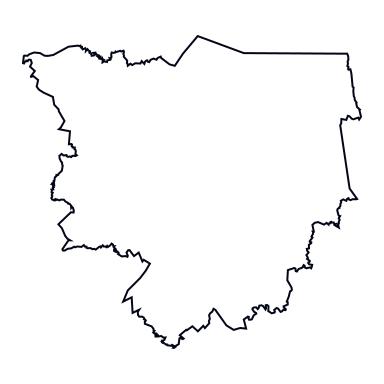 outline of Zululand, KwaZulu-Natal, South Africa
{"feature_id": "47623444B26591670939926", "entity_name": "Zululand", "entity_type": "district", "adm_level": 2, "iso_a3": "ZAF", "parent_name": "South Africa", "parent_adm1": "KwaZulu-Natal", "projection": "mercator", "projection_center": [31.134, -27.898], "detail": "fine", "context": "isolated", "style": "outline", "palette": "ink", "viewbox_px": 384, "rotation_deg": 0, "n_neighbors": 0, "source": "geoboundaries", "source_scale": "gbopen_adm2", "svg_char_len": 5833}
<svg xmlns="http://www.w3.org/2000/svg" viewBox="0 0 384 384"><path d="M56.2,200.0L57.6,199.6L59.3,200.4L60.7,199.7L63.9,199.7L65.4,201.5L68.0,202.9L68.2,203.7L69.6,203.8L71.0,205.5L71.2,207.9L72.0,206.8L72.9,207.7L73.8,210.6L73.6,212.5L70.9,212.3L58.4,224.3L61.9,228.2L65.2,235.9L67.4,238.7L70.1,240.3L68.5,240.3L62.4,249.2L62.9,250.5L64.6,250.6L67.9,248.7L71.1,248.4L74.2,246.7L75.1,247.3L77.2,246.5L81.5,246.9L83.9,245.1L84.9,246.6L86.5,246.7L86.5,247.8L87.2,248.2L90.6,248.1L92.4,249.2L94.1,248.8L95.7,249.6L99.4,246.7L100.5,246.4L101.0,247.4L102.8,245.3L103.8,246.5L105.7,246.5L106.3,247.1L107.1,245.9L107.9,247.0L110.3,245.3L111.6,243.6L112.9,244.5L113.4,246.3L114.4,246.2L113.8,247.1L114.4,247.5L114.5,248.5L115.4,249.0L115.2,249.7L114.1,249.7L114.1,251.0L115.9,251.8L116.2,250.5L116.8,251.9L117.6,251.6L118.7,253.0L118.0,254.0L121.7,256.4L125.6,256.1L127.4,256.8L127.8,255.8L126.5,252.6L128.2,250.2L129.5,250.1L134.0,256.1L138.7,252.6L142.4,261.5L143.7,259.8L149.9,263.6L145.6,270.9L140.2,278.0L127.8,290.4L123.2,301.6L131.7,297.3L132.6,312.9L139.2,309.7L137.8,311.9L138.0,314.9L139.2,316.7L142.2,316.7L143.7,317.5L144.5,319.0L144.2,319.4L145.4,319.9L145.8,320.7L144.8,321.7L144.9,323.8L151.6,326.4L153.4,328.7L153.6,330.3L154.5,330.8L153.2,332.4L154.1,333.3L156.4,333.5L157.0,334.4L157.1,335.2L155.4,335.0L155.5,336.5L157.2,336.5L158.0,335.4L158.6,336.4L161.2,336.0L163.6,337.7L165.4,337.5L164.4,339.9L162.4,341.1L162.0,340.7L161.5,341.5L162.5,342.8L163.5,342.7L165.7,344.4L167.2,344.5L167.3,345.3L171.5,345.8L172.0,344.9L174.0,345.9L173.3,346.9L173.7,347.4L173.3,347.8L173.9,347.9L175.6,346.8L176.2,345.6L178.7,344.2L179.4,338.4L180.0,338.0L182.8,339.1L183.6,338.6L179.8,335.2L186.2,329.8L186.8,330.3L192.4,326.3L197.9,331.3L203.3,325.8L204.9,328.1L209.3,323.2L208.9,321.1L209.8,318.9L209.1,315.2L210.1,313.4L212.3,311.6L213.5,308.8L215.4,309.9L226.4,325.4L233.7,329.9L240.1,328.0L246.1,328.6L243.8,319.5L247.9,316.6L248.8,316.9L248.5,318.5L249.2,319.8L251.8,319.4L253.8,315.2L256.3,313.7L256.0,312.9L254.0,311.7L252.4,309.3L252.6,308.3L254.1,307.4L256.3,307.4L257.7,309.1L258.6,308.1L259.3,305.7L261.5,305.3L263.2,306.2L265.5,309.5L266.0,308.5L265.8,305.2L267.1,305.0L268.5,306.1L268.3,311.1L271.8,313.3L274.6,312.5L274.9,311.7L274.2,310.0L276.6,308.0L278.0,308.5L280.6,311.9L282.1,311.3L283.3,309.8L285.5,310.1L285.8,309.2L283.7,307.3L283.6,306.3L287.7,304.6L287.7,302.1L286.8,301.6L288.7,296.8L290.1,291.3L291.4,290.7L291.9,289.7L291.4,287.3L287.3,280.3L287.9,270.1L294.2,268.0L295.4,268.5L295.7,271.1L296.9,271.5L298.6,269.0L302.2,267.7L303.7,265.1L304.7,265.8L304.6,267.3L306.4,268.3L310.0,267.4L311.1,268.3L311.7,267.0L312.2,264.8L309.4,264.4L308.3,263.4L308.3,262.5L309.5,261.9L309.8,260.9L307.1,259.0L308.0,258.1L306.4,255.1L308.6,252.4L307.2,250.7L306.8,248.9L309.0,248.4L308.9,244.8L311.2,243.2L311.3,242.3L309.8,241.9L309.7,241.2L312.5,237.6L311.5,236.6L312.9,234.1L313.2,232.6L312.7,231.5L313.8,231.5L312.4,224.9L314.7,222.8L318.1,222.1L324.0,224.6L326.6,222.9L328.6,224.6L328.8,223.6L330.3,223.3L330.3,222.2L331.3,221.8L331.9,222.5L333.8,222.5L334.2,224.3L335.6,224.0L334.9,225.3L338.8,227.6L338.1,225.0L337.6,225.1L337.8,224.2L338.9,223.6L338.7,222.0L339.7,219.8L338.7,218.3L340.1,216.1L339.0,215.8L338.4,214.9L337.2,210.2L337.8,208.7L339.5,207.9L339.3,207.3L340.4,205.9L340.4,204.0L341.2,202.3L340.8,200.9L343.2,199.4L346.3,200.8L347.2,198.8L348.5,198.2L348.9,199.4L350.5,200.1L352.8,199.2L355.2,199.2L355.8,199.8L355.6,199.4L357.1,199.0L349.6,188.5L340.2,125.2L341.2,123.5L341.4,119.0L346.3,119.9L347.9,115.8L349.6,116.4L351.7,118.7L353.4,119.3L358.3,117.6L359.2,119.5L361.0,116.8L359.4,110.0L359.9,109.6L357.0,107.0L356.2,103.1L356.6,102.7L354.8,100.0L354.5,97.5L353.8,96.2L353.3,91.1L353.6,87.5L352.6,86.7L351.4,73.5L350.4,69.3L348.5,69.7L348.1,69.0L348.5,66.9L347.3,66.0L348.0,63.8L347.6,61.5L348.4,59.8L348.2,56.3L347.2,53.7L243.8,53.1L197.7,36.1L183.0,53.6L174.8,65.8L169.6,64.4L161.2,58.0L160.7,56.6L157.6,58.0L156.5,59.7L153.6,58.6L150.6,59.8L149.2,62.1L147.9,61.7L147.3,60.4L146.4,60.5L145.0,61.8L144.3,63.9L141.7,61.1L140.5,63.5L135.2,63.3L132.2,65.1L130.5,63.7L127.8,65.7L127.5,63.6L126.9,63.0L127.2,60.6L123.8,56.7L124.0,55.6L123.3,53.8L124.0,52.2L123.5,50.7L121.3,51.5L120.2,50.8L116.1,52.1L115.5,51.6L115.1,52.5L113.7,52.9L111.7,52.5L111.2,54.2L111.5,57.1L110.8,57.6L110.7,58.8L109.6,58.3L110.0,59.8L107.3,60.4L107.0,62.0L104.2,61.4L102.5,62.4L102.7,60.4L103.8,59.8L102.3,58.9L102.1,58.1L101.2,59.0L99.6,58.7L100.2,57.2L98.8,57.7L98.3,57.1L99.7,56.2L98.7,55.3L97.2,55.8L97.2,54.8L95.9,53.9L95.5,52.6L93.3,52.9L94.8,54.1L94.5,55.3L91.7,55.8L91.3,54.0L89.4,52.7L90.0,51.3L88.5,50.6L87.5,49.2L85.9,51.0L86.0,49.7L85.3,48.2L82.7,49.4L82.1,48.5L82.0,47.1L81.1,47.4L80.5,45.7L79.6,46.2L78.2,45.6L68.5,46.7L53.2,55.0L47.9,55.9L44.5,55.7L40.1,53.1L34.2,52.5L29.4,54.2L27.5,55.8L24.3,55.6L23.8,56.1L23.0,63.1L24.0,63.5L25.2,61.4L27.3,61.2L27.0,60.6L27.9,60.6L28.8,59.7L30.7,59.8L31.8,63.0L30.0,66.6L34.8,71.0L30.9,76.3L31.1,76.9L33.3,76.1L38.1,80.0L36.7,86.6L39.0,89.7L43.7,92.7L52.9,96.9L54.2,104.7L58.6,109.4L58.9,111.4L64.5,121.0L60.9,127.4L58.9,129.2L70.0,131.3L68.9,144.3L71.5,144.0L72.0,144.5L71.7,146.3L72.7,146.7L72.7,147.5L74.8,147.6L74.5,149.2L75.4,149.7L75.8,151.3L75.4,154.3L76.8,155.3L75.7,156.0L72.3,155.8L71.2,157.1L69.7,156.4L68.2,156.9L66.8,156.3L66.5,155.1L63.6,155.5L61.6,153.9L59.4,155.8L59.6,158.5L61.3,161.9L62.1,162.5L62.1,164.5L62.7,165.5L61.9,170.7L58.3,174.1L58.3,174.8L57.4,175.3L56.4,175.0L56.1,176.4L54.9,177.3L54.3,181.0L53.7,181.0L53.7,182.0L52.9,182.7L54.0,183.0L54.1,184.2L53.1,183.3L51.9,184.2L52.7,184.5L53.0,186.2L53.6,186.1L53.9,187.2L52.8,187.9L53.3,189.4L51.6,189.6L51.9,190.1L51.6,192.3L52.7,192.7L51.8,194.7L51.8,195.7L52.3,196.0L52.1,197.1L51.3,198.0L52.2,199.6L53.7,200.0L55.5,199.0L56.6,199.5L56.2,200.0Z" fill="none" stroke="#020617" stroke-width="2"/></svg>